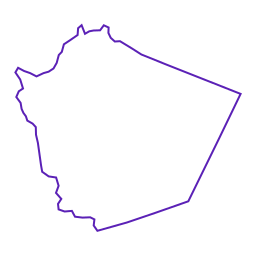 Chã Preta, Alagoas, Brazil (Mercator projection)
{"feature_id": "56859067B70513869216863", "entity_name": "Chã Preta", "entity_type": "district", "adm_level": 2, "iso_a3": "BRA", "parent_name": "Brazil", "parent_adm1": "Alagoas", "projection": "mercator", "projection_center": [-36.315, -9.242], "detail": "fine", "context": "isolated", "style": "outline", "palette": "violet", "viewbox_px": 256, "rotation_deg": 0, "n_neighbors": 0, "source": "geoboundaries", "source_scale": "gbopen_adm2", "svg_char_len": 822}
<svg xmlns="http://www.w3.org/2000/svg" viewBox="0 0 256 256"><path d="M16.3,97.0L20.6,102.9L21.6,108.9L23.4,112.9L25.9,116.3L27.3,120.6L32.6,123.6L35.8,127.1L36.0,134.7L37.9,142.9L41.1,165.7L42.2,171.8L48.7,176.4L56.1,177.5L58.6,185.8L56.0,192.9L61.3,198.9L58.0,203.9L58.6,209.4L64.6,211.5L71.9,210.9L75.0,216.7L82.5,217.6L90.2,217.3L94.4,219.4L93.7,225.5L97.4,230.8L126.9,222.5L155.2,212.9L188.3,201.3L219.5,137.6L240.6,93.9L166.2,64.5L141.4,54.5L132.0,48.5L120.0,41.2L114.8,41.5L110.7,37.8L108.4,32.9L108.6,27.5L103.8,25.3L100.1,30.3L93.6,30.5L89.3,31.3L85.0,33.8L81.6,25.2L78.1,28.2L77.6,35.0L69.8,40.4L63.9,44.3L61.8,51.9L58.8,55.0L56.7,62.9L53.5,68.5L48.6,71.7L43.6,73.1L36.5,76.4L30.1,73.1L24.1,71.0L18.1,67.8L15.4,72.4L20.2,79.5L23.0,88.5L18.8,91.3L16.3,97.0Z" fill="none" stroke="#5b21b6" stroke-width="2"/></svg>